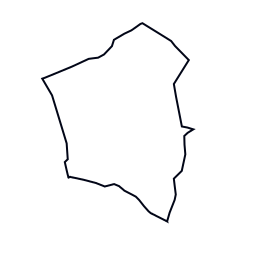 the district of Kelemando, North Darfur, Sudan, rotated 348°
{"feature_id": "16777658B85451496706557", "entity_name": "Kelemando", "entity_type": "district", "adm_level": 2, "iso_a3": "SDN", "parent_name": "Sudan", "parent_adm1": "North Darfur", "projection": "albers", "projection_center": [25.825, 13.072], "detail": "fine", "context": "isolated", "style": "outline", "palette": "ink", "viewbox_px": 256, "rotation_deg": 348, "n_neighbors": 0, "source": "geoboundaries", "source_scale": "gbopen_adm2", "svg_char_len": 2411}
<svg xmlns="http://www.w3.org/2000/svg" viewBox="0 0 256 256"><g transform="rotate(348 128 128)"><path d="M54.4,61.9L60.5,80.3L64.8,130.3L63.0,142.9L62.7,145.0L62.6,146.0L59.1,148.2L59.2,155.7L59.3,160.5L59.3,161.1L59.4,162.0L59.4,163.4L59.4,163.9L59.4,164.0L59.6,164.2L60.4,163.9L60.5,163.9L60.8,163.8L61.1,163.7L61.2,163.8L61.3,163.8L61.5,163.9L61.6,164.0L61.8,164.1L62.0,164.2L62.3,164.3L62.5,164.4L62.8,164.5L63.0,164.6L63.3,164.7L63.4,164.8L63.5,164.8L63.8,165.0L64.0,165.0L64.4,165.2L64.5,165.3L64.8,165.4L65.1,165.5L65.3,165.6L65.8,165.8L66.1,166.0L66.5,166.1L66.9,166.3L67.6,166.6L67.8,166.7L68.0,166.8L68.5,167.0L69.0,167.3L69.4,167.4L70.4,167.9L70.5,167.9L70.8,168.1L71.1,168.2L71.7,168.5L71.8,168.5L72.0,168.6L72.3,168.7L72.6,168.9L72.8,169.0L73.0,169.0L73.4,169.2L73.5,169.3L74.0,169.5L74.4,169.7L74.7,169.9L74.9,170.0L75.0,170.0L76.4,170.7L76.6,170.8L77.2,171.1L79.0,172.0L79.7,172.4L81.8,173.4L81.9,173.5L82.3,173.7L82.7,173.9L83.2,174.1L85.1,175.1L85.4,175.2L85.6,175.4L87.1,176.4L88.2,177.1L89.2,177.8L90.3,178.5L92.7,180.1L93.1,180.4L94.5,180.3L95.4,180.3L95.7,180.3L97.3,180.2L97.9,180.2L98.1,180.2L99.4,180.1L100.3,180.1L100.5,180.1L101.2,180.0L101.5,180.0L101.8,180.0L102.1,180.0L102.4,180.0L102.5,180.0L102.8,180.0L107.3,183.1L108.2,184.4L109.1,185.4L109.2,185.6L110.4,187.1L111.4,188.5L114.8,191.3L118.1,194.0L121.4,196.8L123.9,200.7L127.3,207.6L127.4,207.8L130.8,213.8L132.5,215.9L132.5,216.0L132.8,216.2L133.0,216.4L133.1,216.5L133.3,216.6L133.5,216.7L133.5,216.8L133.9,217.0L134.0,217.2L134.3,217.4L134.5,217.6L134.8,217.8L135.0,217.9L135.1,218.0L135.6,218.4L136.1,218.8L136.3,219.0L136.5,219.1L136.9,219.5L137.0,219.6L137.5,220.0L138.5,220.8L139.3,221.4L139.4,221.5L140.4,222.3L141.4,223.1L141.5,223.2L142.9,224.3L143.0,224.4L143.2,224.5L143.6,224.9L143.9,225.1L144.3,225.5L144.5,225.6L145.0,226.0L145.6,226.4L145.7,226.6L145.8,226.6L146.0,226.8L146.2,227.0L146.3,227.0L146.6,227.2L146.6,227.3L146.8,227.4L146.9,227.5L146.9,227.4L151.1,219.5L158.7,208.0L160.9,203.0L161.7,193.6L162.3,187.1L171.7,181.1L178.6,165.7L179.8,156.1L181.4,147.5L185.4,145.1L191.6,142.9L190.7,142.4L186.2,139.9L181.0,137.7L181.5,107.4L182.0,94.5L201.6,74.2L191.0,57.5L188.3,51.9L177.4,41.4L163.9,28.5L161.8,28.8L156.8,31.0L151.6,33.2L144.0,35.0L132.6,38.8L129.3,44.6L119.8,51.1L113.4,53.0L107.8,52.5L103.9,52.2L85.9,56.3L57.0,61.6L55.3,61.8L54.4,61.9Z" fill="none" stroke="#020617" stroke-width="2"/></g></svg>